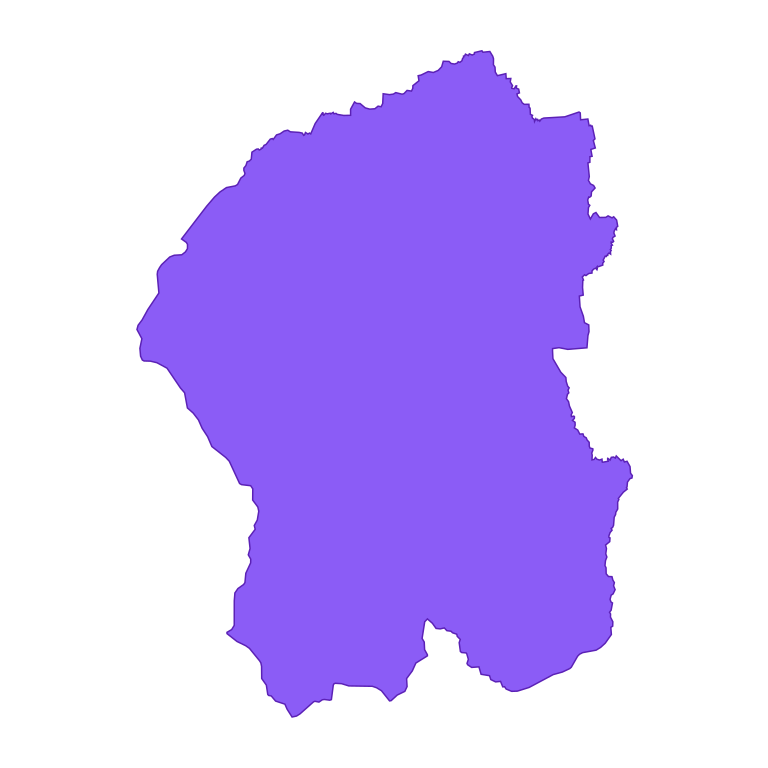 the district of Na Yong, Trang, Thailand, rotated 178°
{"feature_id": "78962969B91154230125686", "entity_name": "Na Yong", "entity_type": "district", "adm_level": 2, "iso_a3": "THA", "parent_name": "Thailand", "parent_adm1": "Trang", "projection": "equal_earth", "projection_center": [99.716, 7.559], "detail": "fine", "context": "isolated", "style": "filled", "palette": "violet", "viewbox_px": 768, "rotation_deg": 178, "n_neighbors": 0, "source": "geoboundaries", "source_scale": "gbopen_adm2", "svg_char_len": 6121}
<svg xmlns="http://www.w3.org/2000/svg" viewBox="0 0 768 768"><g transform="rotate(178 384 384)"><path d="M145.8,539.7L148.6,543.1L150.3,542.1L154.2,544.2L156.5,542.8L162.8,542.9L166.2,548.0L168.8,546.8L172.0,541.7L174.2,546.8L173.5,553.2L172.1,555.4L173.4,556.5L174.0,560.8L172.9,563.7L172.0,563.4L170.4,564.7L169.9,568.8L166.2,572.5L167.6,575.1L170.7,576.8L172.6,580.3L171.6,584.1L172.5,597.8L170.5,598.4L170.3,604.0L168.1,604.3L169.1,611.2L164.6,612.5L166.3,620.1L164.6,621.6L166.9,634.5L167.9,634.4L168.4,635.4L170.0,635.0L171.0,641.7L178.3,641.2L178.4,648.1L179.6,649.0L194.0,644.7L215.0,644.2L217.5,643.3L219.1,641.3L219.6,642.3L221.0,641.8L221.3,643.1L222.5,642.8L223.0,643.8L224.4,641.2L224.6,643.2L226.4,644.6L226.8,646.3L226.2,647.3L228.3,648.4L228.4,654.6L229.3,655.4L229.4,658.5L234.1,658.6L236.1,660.2L237.4,663.2L240.5,666.7L241.0,669.3L238.5,670.2L239.1,674.0L241.5,675.1L241.1,677.3L241.8,677.3L243.6,674.5L246.0,675.1L246.1,675.9L245.1,677.6L247.3,681.5L246.6,684.9L251.2,684.9L251.4,689.9L259.9,688.2L261.9,691.9L262.0,696.8L263.5,699.2L263.2,705.2L263.9,707.8L266.6,712.6L273.5,712.1L274.5,713.6L282.0,712.1L282.2,710.6L284.4,709.7L287.2,711.0L288.2,709.3L291.1,710.8L291.9,709.2L293.1,708.9L293.0,707.7L294.1,706.6L294.8,704.4L296.9,702.8L298.6,703.5L299.5,702.2L302.3,701.3L305.8,702.0L307.8,704.1L313.5,704.5L315.3,699.0L318.9,695.5L323.8,693.6L328.9,694.7L336.1,691.5L339.1,690.9L338.5,685.8L344.7,681.2L344.9,678.5L346.3,675.8L350.7,676.6L353.9,673.5L355.8,673.0L362.1,674.8L364.5,673.4L368.4,673.0L374.7,674.1L375.5,664.4L377.2,661.2L380.2,661.9L383.5,659.4L388.6,659.2L393.1,660.6L398.1,665.1L401.6,665.4L403.6,666.9L407.8,659.8L408.0,653.7L414.9,653.8L421.3,655.1L422.5,656.1L424.6,655.8L425.3,657.2L427.8,655.8L428.3,656.5L431.3,656.0L432.9,656.6L434.8,654.7L435.7,655.5L435.3,656.9L436.0,657.2L443.7,646.7L448.5,636.5L449.7,637.4L451.3,636.5L453.7,638.1L454.7,635.8L455.6,635.3L456.9,637.6L459.9,638.4L468.8,639.3L471.3,641.0L475.0,640.3L479.1,637.7L482.7,636.7L486.2,632.3L487.0,633.2L489.1,632.7L493.5,627.5L495.5,626.7L497.3,623.9L498.4,624.1L498.8,622.9L500.5,622.2L501.5,623.3L503.3,623.1L507.9,620.3L508.8,613.3L510.8,611.5L513.0,610.9L514.4,607.1L516.5,604.7L516.6,602.4L515.6,599.3L516.4,597.3L519.9,594.8L523.4,588.5L525.7,587.2L534.6,585.8L541.3,581.6L546.9,576.7L555.1,567.8L581.3,536.0L576.6,532.4L575.5,530.4L575.7,526.1L577.9,522.9L581.6,520.2L589.2,520.0L593.7,518.4L602.1,511.0L604.2,508.2L606.3,504.6L606.8,501.6L605.8,482.8L617.4,466.7L623.5,456.5L627.7,451.3L629.0,447.1L624.4,437.7L626.7,428.2L626.3,420.3L624.7,416.4L623.0,415.4L616.7,415.0L610.2,413.2L600.3,407.4L587.5,387.0L583.6,382.2L581.3,366.9L575.7,361.6L570.7,354.6L567.3,346.1L562.1,337.5L558.2,327.5L544.7,316.1L541.3,312.2L531.8,289.6L529.9,288.4L520.8,287.0L518.8,283.8L519.3,272.6L514.4,265.5L513.6,261.2L515.4,252.4L518.6,247.1L517.8,243.3L524.4,235.1L523.6,224.2L525.6,218.0L523.3,213.6L523.5,209.9L528.7,199.7L529.9,190.4L531.3,188.5L537.1,184.7L540.3,180.4L541.2,172.6L542.1,148.0L544.8,143.9L549.6,141.3L549.6,140.0L539.9,131.8L531.4,127.3L527.7,124.5L518.0,111.7L516.8,109.6L516.2,106.1L516.5,93.9L512.1,87.2L511.0,77.8L510.2,76.8L507.6,76.2L503.4,70.9L494.2,67.5L492.2,62.4L487.5,54.4L483.0,55.2L479.4,57.3L465.4,68.9L464.1,69.3L460.1,68.4L456.6,70.6L454.6,70.8L449.2,69.9L447.6,70.4L445.2,84.8L444.5,86.1L443.2,86.6L436.9,86.0L429.7,83.5L406.2,82.3L402.0,80.7L397.2,77.5L389.5,67.1L387.9,67.3L381.6,72.7L373.9,76.1L371.5,80.8L371.7,88.8L365.7,96.3L361.9,104.0L350.1,110.8L350.1,112.0L352.7,117.1L352.8,124.7L354.8,128.4L351.6,145.0L348.8,147.7L344.0,143.2L340.5,137.9L336.4,137.3L332.2,138.1L329.8,135.3L325.7,134.6L324.2,133.0L320.0,131.4L319.6,129.2L316.7,126.1L317.9,122.9L317.0,114.0L315.7,112.9L311.4,112.4L310.7,111.5L309.3,105.9L310.8,101.9L310.2,100.5L306.3,97.7L299.0,98.0L297.1,90.5L288.7,88.8L287.6,84.9L282.9,82.4L277.9,82.7L275.9,77.2L274.0,77.2L272.6,74.9L267.2,72.4L261.4,72.4L249.5,75.7L225.0,87.7L215.8,89.9L208.3,93.1L206.7,94.4L200.0,105.2L198.0,107.1L194.8,108.6L181.3,110.6L176.7,113.2L171.9,117.3L165.5,125.7L165.8,132.9L163.9,134.0L163.6,138.4L165.8,143.1L165.6,146.3L166.6,148.0L164.9,150.0L163.3,157.2L164.8,158.3L165.6,160.9L164.3,165.1L162.4,166.2L160.2,170.4L161.6,174.3L160.7,177.5L162.1,180.0L162.9,183.5L166.4,183.8L168.6,186.6L168.5,192.6L169.5,194.8L168.8,199.8L167.3,203.3L168.3,206.5L167.4,211.7L168.2,215.3L163.9,218.6L163.5,222.3L164.5,222.8L164.6,224.2L163.2,227.7L161.2,229.9L162.0,231.8L160.6,232.6L159.5,234.8L158.6,242.8L157.1,245.5L156.8,247.7L154.8,250.9L154.6,257.9L153.3,260.4L153.8,261.5L148.6,267.5L144.6,270.5L145.3,271.9L144.7,272.7L144.1,277.5L141.4,280.9L139.5,281.4L139.0,283.8L140.7,286.2L141.0,292.9L143.8,298.3L146.5,297.7L147.6,300.5L149.8,299.1L154.4,304.0L155.4,301.9L157.1,303.0L159.4,302.8L160.7,300.1L162.9,301.9L163.2,301.3L162.6,299.0L168.0,298.2L168.6,298.4L168.8,301.3L171.2,300.5L173.8,301.4L175.2,303.2L176.6,301.3L178.8,300.9L178.4,305.6L178.8,307.7L177.5,310.7L177.6,312.0L180.4,312.8L181.0,314.6L181.0,318.6L183.0,321.0L183.8,323.2L186.1,324.6L186.9,327.2L190.1,327.1L192.0,331.2L195.3,333.5L194.4,336.2L194.4,339.1L196.9,341.0L195.0,342.9L194.8,344.6L195.4,345.3L197.8,344.9L198.0,346.6L196.8,348.9L199.4,355.4L200.2,360.0L202.2,362.9L201.0,367.3L199.6,368.7L200.3,371.4L199.1,373.7L200.5,375.4L201.8,380.1L202.0,384.1L206.9,389.6L214.3,403.4L214.4,411.4L214.3,413.5L207.8,414.2L199.1,412.2L179.9,413.1L178.5,425.3L177.3,429.1L177.3,435.9L181.5,438.3L182.4,444.8L185.4,454.3L185.7,465.1L181.8,465.9L182.2,473.5L181.7,480.5L181.0,480.9L182.1,484.0L179.8,486.1L178.4,485.3L175.5,487.3L172.3,487.6L172.1,489.9L170.3,491.6L168.4,492.4L167.2,490.8L166.8,491.9L167.2,493.4L166.6,494.2L166.1,493.6L161.2,495.2L161.2,497.1L159.8,498.7L160.6,500.2L158.5,504.0L157.4,503.7L157.1,504.6L155.9,504.7L155.9,505.8L154.6,507.0L153.0,505.9L153.1,508.3L152.3,509.6L153.1,510.4L152.1,511.9L152.1,514.3L150.9,514.8L152.0,516.5L152.0,517.9L150.5,517.6L149.5,518.6L150.7,521.1L150.1,522.5L147.9,523.8L149.0,526.9L148.6,528.8L147.3,531.0L146.3,530.2L146.3,532.4L144.9,533.4L145.8,539.7Z" fill="#8b5cf6" stroke="#5b21b6" stroke-width="1.5"/></g></svg>